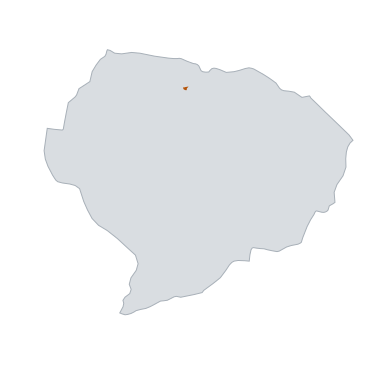 Rusape, Manicaland, Zimbabwe shown in context, rotated 278°
{"feature_id": "62879985B51591282802552", "entity_name": "Rusape", "entity_type": "district", "adm_level": 2, "iso_a3": "ZWE", "parent_name": "Zimbabwe", "parent_adm1": "Manicaland", "projection": "equal_earth", "projection_center": [32.12, -18.535], "detail": "fine", "context": "in_parent", "style": "filled", "palette": "amber", "viewbox_px": 384, "rotation_deg": 278, "n_neighbors": 0, "source": "geoboundaries", "source_scale": "gbopen_adm2", "svg_char_len": 2498}
<svg xmlns="http://www.w3.org/2000/svg" viewBox="0 0 384 384"><g transform="rotate(278 192 192)"><path d="M265.6,344.2L262.5,341.7L258.4,340.0L253.2,339.3L246.4,339.6L238.1,341.0L229.1,339.3L219.5,334.5L211.5,332.8L202.1,334.9L201.6,335.0L200.0,333.3L197.4,329.9L193.0,329.2L191.9,328.4L190.9,327.1L190.2,325.5L190.0,323.6L190.6,317.9L190.2,317.3L189.1,316.6L186.7,315.9L181.0,313.3L173.8,310.8L162.1,308.0L157.5,307.3L156.5,306.4L155.1,304.3L152.8,297.7L150.7,293.3L145.6,286.6L144.8,284.5L145.0,279.2L145.3,274.8L145.8,271.2L145.5,267.7L145.4,263.5L145.5,260.6L144.9,259.4L143.0,258.5L137.8,258.1L131.5,258.3L131.3,253.9L130.6,247.2L129.4,243.3L127.9,241.3L125.0,239.2L119.1,236.4L111.1,232.0L104.2,225.5L96.3,217.4L93.8,216.0L90.8,208.5L86.2,195.5L86.5,191.2L85.8,189.0L81.4,182.7L80.4,179.3L79.6,176.0L72.7,166.6L70.3,162.5L68.5,157.3L66.7,153.1L65.2,151.4L63.2,148.5L61.8,145.3L61.1,142.8L61.6,139.6L62.2,137.3L68.8,139.7L72.3,139.9L75.1,138.7L78.5,140.3L82.7,144.5L87.1,145.3L91.9,142.7L98.5,143.5L106.7,147.7L113.5,148.6L121.6,144.8L128.7,134.4L135.5,124.6L142.1,113.3L146.0,104.1L151.9,96.7L159.7,91.0L167.6,86.1L179.7,80.2L182.2,75.3L182.9,69.9L182.9,62.5L183.5,57.6L184.8,55.5L186.8,53.7L189.4,51.5L197.4,45.8L204.1,42.2L212.3,39.8L221.3,39.8L229.9,39.8L234.9,39.8L234.9,46.9L235.3,55.0L236.3,55.8L242.8,56.0L253.3,56.5L263.3,57.1L269.7,62.9L271.9,64.2L278.6,65.7L287.1,75.5L297.4,76.4L304.4,79.4L310.6,82.8L314.2,86.8L316.5,87.7L319.6,88.0L321.1,88.4L320.8,91.2L318.7,96.1L319.0,103.1L321.8,112.8L322.2,121.2L321.3,136.1L321.3,150.4L321.6,155.5L322.1,158.9L322.6,160.8L322.5,162.9L320.8,168.9L319.4,175.3L319.4,177.8L318.9,179.6L317.8,181.2L313.4,184.1L312.6,185.9L312.6,189.1L313.2,191.9L314.9,192.9L316.9,194.5L317.7,196.5L317.7,198.7L317.0,202.7L315.2,209.3L317.0,216.9L319.0,221.9L321.7,227.6L322.9,231.1L322.8,233.7L322.4,236.1L318.3,246.5L315.3,253.0L311.6,260.0L306.9,264.3L305.6,266.4L305.1,268.8L305.3,274.0L305.1,279.4L301.0,287.7L303.5,294.9L302.9,295.6L301.6,296.6L295.7,304.7L289.7,312.8L285.4,318.8L280.5,325.6L275.0,333.2L270.3,339.6L265.6,344.2Z" fill="#d9dde1" stroke="#a8b0b8" stroke-width="1"/><path d="M293.4,170.1L293.2,170.1L293.1,170.3L293.0,170.5L292.9,170.7L293.0,170.9L292.9,170.9L292.9,171.0L292.7,171.2L292.7,171.3L292.8,171.5L292.8,171.8L293.0,171.8L293.3,171.8L293.5,171.7L294.0,171.7L294.6,172.1L294.3,171.2L294.0,170.5L293.7,169.8L293.7,169.7L293.5,169.8L293.4,169.8L293.4,170.0L293.4,170.1Z" fill="#f59e0b" stroke="#b45309" stroke-width="1.5"/></g></svg>